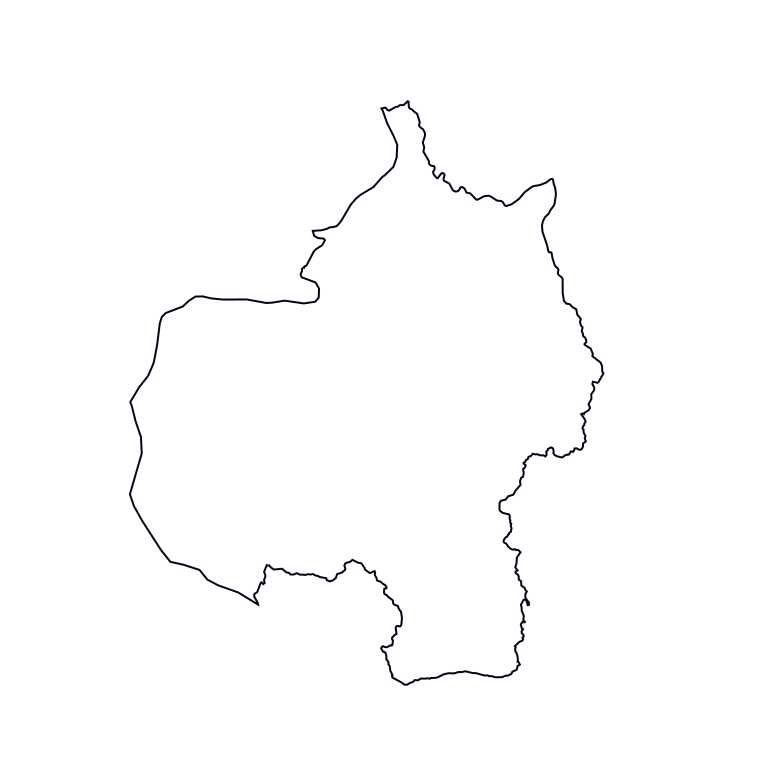 Murung Raya, Kalimantan Tengah, Indonesia (orthographic projection), rotated 112°
{"feature_id": "22746128B54866510421393", "entity_name": "Murung Raya", "entity_type": "district", "adm_level": 2, "iso_a3": "IDN", "parent_name": "Indonesia", "parent_adm1": "Kalimantan Tengah", "projection": "orthographic", "projection_center": [114.086, -0.044], "detail": "fine", "context": "isolated", "style": "outline", "palette": "ink", "viewbox_px": 768, "rotation_deg": 112, "n_neighbors": 0, "source": "geoboundaries", "source_scale": "gbopen_adm2", "svg_char_len": 6166}
<svg xmlns="http://www.w3.org/2000/svg" viewBox="0 0 768 768"><g transform="rotate(112 384 384)"><path d="M635.7,418.1L634.2,419.1L629.5,424.9L627.9,425.4L627.0,425.3L624.4,423.6L614.6,423.8L613.8,423.3L614.8,421.0L613.2,420.1L611.0,421.7L606.3,422.0L603.0,424.8L595.9,424.9L596.0,423.7L595.1,422.6L596.4,420.3L597.3,416.7L593.5,409.3L595.2,404.1L594.7,401.1L595.7,399.5L594.5,396.4L592.0,393.9L592.3,391.0L590.5,385.5L588.7,383.0L588.2,380.7L586.8,378.8L587.3,375.9L586.7,373.4L587.1,371.5L585.7,364.9L587.3,363.5L587.3,360.2L585.0,357.7L581.9,356.0L577.8,356.2L574.4,352.2L570.9,350.5L569.8,350.6L567.1,352.8L564.6,352.6L561.2,348.5L558.9,347.5L559.4,341.0L558.7,337.9L561.9,333.0L563.2,332.1L564.5,326.9L564.4,326.0L561.0,322.6L562.3,321.5L564.4,321.1L566.6,318.4L568.8,316.8L568.6,312.8L569.6,310.6L570.0,307.7L571.3,305.7L572.4,305.2L573.7,307.0L577.2,306.0L578.6,304.7L578.7,302.5L579.9,300.2L581.0,295.5L581.9,294.2L584.1,293.3L584.8,291.2L584.6,288.0L586.7,286.3L589.0,282.8L594.4,279.6L601.0,277.7L602.7,278.2L603.4,281.0L604.3,281.9L606.2,281.6L611.0,278.8L612.5,280.0L616.2,281.5L617.6,280.9L618.7,279.5L622.5,278.6L623.5,278.8L623.7,279.9L627.0,282.8L627.6,284.8L627.4,286.4L627.9,287.2L630.1,287.7L632.6,284.6L632.4,282.2L635.2,280.0L638.5,278.6L639.3,276.9L640.7,275.3L642.2,275.0L643.4,273.0L647.4,270.8L650.9,266.9L651.6,267.3L653.0,266.2L654.2,256.0L655.1,252.4L654.2,250.0L651.3,247.8L649.3,245.4L647.1,244.7L645.9,241.4L643.3,239.5L641.5,234.8L640.8,234.1L640.0,231.0L639.1,230.5L637.2,226.2L635.6,224.1L630.8,219.9L628.0,215.8L626.0,210.5L623.1,207.0L622.1,204.1L619.9,201.0L618.9,194.3L617.5,189.6L616.8,182.4L615.3,178.5L615.6,177.4L614.6,174.9L614.2,170.9L611.7,164.9L608.8,161.8L608.2,160.2L605.1,157.3L602.7,157.2L599.3,154.0L595.3,154.4L593.3,152.9L591.5,154.8L591.5,156.1L590.2,156.2L586.3,158.3L583.8,160.3L582.7,162.0L580.2,163.3L578.7,163.3L578.1,164.5L572.4,161.9L570.3,159.7L568.5,159.4L567.3,160.6L565.7,159.9L564.3,160.8L563.2,163.1L561.7,163.8L559.3,163.2L559.1,164.6L555.6,167.1L553.1,166.6L552.2,164.2L551.7,164.2L551.0,166.3L546.6,167.5L542.9,171.2L539.3,172.9L537.4,174.4L531.9,173.7L531.1,172.2L531.2,171.1L535.2,167.9L534.6,166.9L532.5,167.6L529.5,172.6L526.1,174.2L522.8,173.9L522.1,175.6L520.2,177.6L519.5,181.1L515.5,183.0L514.8,185.8L511.9,187.0L510.6,188.5L510.0,191.0L509.4,191.5L508.4,191.7L506.9,190.3L504.7,193.7L500.8,193.9L495.2,195.8L488.9,194.4L487.6,197.4L488.5,199.3L488.1,200.8L489.4,202.5L489.4,204.6L488.3,207.8L486.2,210.9L486.1,213.1L485.1,214.3L482.8,214.4L480.3,213.6L479.3,212.6L477.2,212.6L476.4,211.8L475.1,212.1L473.4,211.0L470.1,211.7L467.4,213.7L466.0,213.6L465.2,215.1L463.7,215.5L461.6,217.2L459.6,217.7L458.1,219.0L459.0,225.5L458.3,228.6L457.1,229.9L451.1,232.3L448.5,231.9L445.6,227.9L441.6,226.8L438.1,222.6L433.5,222.1L426.3,219.6L423.2,221.5L419.6,221.7L417.9,220.3L414.0,221.2L411.0,223.1L407.9,221.9L406.3,222.2L405.5,224.7L404.7,225.1L403.3,223.9L401.2,223.9L399.9,222.6L397.5,222.7L395.3,220.6L392.9,219.9L392.5,216.8L391.7,215.8L391.6,212.4L390.4,209.4L390.7,207.2L388.8,206.7L385.9,208.2L384.5,207.5L382.9,207.7L380.2,205.3L380.4,203.2L382.6,201.6L384.8,200.9L385.9,199.3L386.2,196.5L385.5,191.8L385.0,191.0L381.7,189.0L381.3,187.7L380.5,187.3L380.3,186.2L376.3,185.4L376.3,183.5L374.6,182.8L372.4,183.2L371.4,180.9L371.8,180.0L371.6,177.5L370.4,176.3L367.7,176.0L364.7,177.2L361.6,175.4L358.8,177.7L356.9,177.6L354.9,180.0L352.6,181.7L351.7,181.7L350.8,183.4L348.7,183.6L346.9,182.9L345.9,183.4L343.5,182.9L341.1,185.2L338.1,189.9L337.2,189.2L337.0,187.3L335.9,187.5L331.7,184.5L329.5,184.0L328.5,184.3L326.2,186.8L320.1,186.1L315.9,188.0L311.8,187.0L310.0,187.1L308.3,188.0L306.0,190.8L303.7,191.2L302.9,186.6L302.2,185.9L291.8,184.5L290.8,186.2L285.6,188.6L283.0,191.2L280.2,201.2L277.9,201.6L273.7,205.7L272.5,212.6L271.9,213.1L269.6,212.2L268.0,212.7L265.6,214.9L265.2,217.0L262.4,218.8L261.1,220.4L257.1,221.1L256.0,223.3L252.9,225.6L249.8,226.0L247.4,230.7L242.7,233.7L242.2,237.6L240.4,242.0L241.2,245.0L239.5,248.3L233.1,252.2L219.6,257.8L218.4,259.6L217.6,262.6L216.4,264.2L212.5,265.2L211.5,266.7L210.9,268.8L209.2,270.8L204.1,275.0L199.7,277.7L199.4,278.5L200.0,280.0L199.2,281.5L194.2,284.8L183.6,294.0L177.9,296.9L173.8,297.6L169.3,297.3L164.2,295.1L160.3,294.8L155.1,293.4L152.9,293.4L144.0,295.5L138.1,298.7L134.9,301.6L131.1,303.9L130.8,304.6L131.4,306.0L136.7,309.3L141.1,314.0L144.4,319.3L146.2,321.0L153.4,325.4L161.3,328.0L164.5,329.8L169.6,333.1L173.1,337.1L173.2,338.9L171.0,341.7L170.4,343.6L171.6,348.0L170.2,355.2L170.2,357.5L172.4,361.5L178.0,366.2L178.5,367.5L175.0,375.2L175.6,379.3L172.6,382.5L172.1,385.2L173.0,386.7L176.1,387.0L177.5,387.7L178.8,389.8L178.8,391.5L178.5,392.8L173.7,398.6L173.1,404.5L171.2,405.8L167.8,406.0L166.5,407.2L166.5,408.9L167.3,409.7L173.1,411.3L173.2,412.3L171.2,416.3L169.0,418.0L166.2,417.5L164.0,418.3L163.3,419.1L163.9,421.9L163.6,423.6L162.9,424.7L160.2,426.2L153.9,434.4L149.3,435.5L145.8,438.4L138.4,439.0L135.7,440.3L133.3,443.1L132.0,447.6L130.7,448.6L128.6,448.7L127.2,449.4L121.0,454.6L120.1,458.4L119.1,460.4L118.8,463.8L116.8,465.3L113.2,466.9L112.9,467.9L118.0,470.3L119.6,473.9L121.4,474.8L122.9,477.1L128.6,481.6L128.5,483.5L127.2,486.3L129.5,489.6L131.2,487.4L141.0,478.8L150.9,467.5L157.3,461.3L169.3,457.1L179.1,456.6L190.5,461.6L192.6,463.1L205.4,467.6L217.5,476.7L222.5,479.4L230.1,482.0L246.3,484.4L250.9,485.3L255.4,487.1L257.7,490.2L259.1,493.0L261.6,495.2L264.8,499.4L268.7,507.4L272.8,504.3L273.4,499.8L271.8,494.5L272.8,492.6L278.6,493.3L284.2,497.4L287.1,498.7L303.4,500.3L304.7,501.8L306.1,501.6L306.3,502.3L308.3,503.2L309.7,502.3L313.5,502.5L315.9,500.3L315.5,485.5L319.8,480.0L328.4,476.9L333.5,478.6L339.3,488.5L344.0,507.5L350.5,518.2L353.0,523.5L357.0,542.9L366.1,565.1L369.4,576.4L370.6,584.6L373.5,591.5L379.8,596.0L387.5,599.6L400.0,613.0L405.1,615.1L411.8,614.6L432.3,609.1L444.1,606.7L449.9,605.6L455.1,605.5L464.9,605.8L478.7,609.8L495.8,612.5L499.0,609.5L511.3,600.6L524.2,589.5L539.1,582.6L581.4,578.3L590.9,570.1L601.7,556.6L621.6,528.4L628.9,515.4L626.7,502.3L625.5,485.4L631.5,474.5L632.8,462.4L631.9,441.1L635.7,418.1Z" fill="none" stroke="#020617" stroke-width="2"/></g></svg>